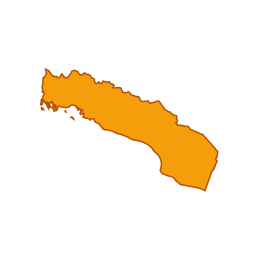 outline of Pesisir Selatan, Sumatera Barat, Indonesia, rotated 325°
{"feature_id": "22746128B35993392452682", "entity_name": "Pesisir Selatan", "entity_type": "district", "adm_level": 2, "iso_a3": "IDN", "parent_name": "Indonesia", "parent_adm1": "Sumatera Barat", "projection": "orthographic", "projection_center": [100.561, -1.718], "detail": "fine", "context": "isolated", "style": "filled", "palette": "amber", "viewbox_px": 256, "rotation_deg": 325, "n_neighbors": 0, "source": "geoboundaries", "source_scale": "gbopen_adm2", "svg_char_len": 5521}
<svg xmlns="http://www.w3.org/2000/svg" viewBox="0 0 256 256"><g transform="rotate(325 128 128)"><path d="M187.6,194.8L185.5,176.2L183.6,173.8L182.8,172.1L178.2,164.6L178.4,163.0L178.1,161.1L177.7,160.6L176.4,160.1L175.2,158.4L172.8,156.1L172.1,155.4L170.5,154.4L170.1,153.9L170.4,152.3L170.1,151.2L170.7,151.4L171.3,151.3L172.8,150.2L173.1,148.3L174.5,146.5L174.7,146.0L174.4,145.2L173.8,144.8L172.2,142.4L171.5,138.8L171.3,138.5L170.1,137.7L170.1,136.6L169.9,135.8L169.4,135.3L168.4,133.8L169.1,132.7L168.8,131.3L168.8,123.9L167.4,122.8L165.8,122.1L164.2,122.1L162.1,121.0L160.8,120.7L160.4,120.2L159.8,118.5L160.2,117.6L155.9,115.2L154.5,114.0L154.1,113.1L154.1,111.8L154.2,110.8L154.7,109.8L154.8,108.9L154.3,108.6L154.2,108.1L153.4,107.7L153.3,107.2L152.5,106.8L151.2,104.5L150.2,103.9L149.9,103.0L149.7,101.2L149.3,99.9L149.5,99.0L148.8,98.5L147.0,98.2L145.1,96.6L144.1,96.0L144.0,95.7L144.7,94.2L144.4,92.9L145.0,92.0L145.0,91.0L144.0,89.9L139.7,87.3L139.0,86.6L139.0,86.3L139.5,85.6L140.5,85.5L141.1,85.2L140.5,83.1L138.7,80.8L138.8,80.4L139.3,79.8L139.2,79.3L138.9,79.1L137.8,79.2L137.3,78.7L136.6,78.0L136.2,77.1L135.4,76.5L134.6,75.3L133.9,75.2L133.0,76.2L132.4,76.4L131.8,76.3L130.8,75.2L130.8,74.0L129.8,73.3L129.0,74.2L127.6,73.4L127.4,73.5L127.1,73.1L126.9,72.5L127.4,71.2L127.3,70.1L128.2,69.3L128.3,68.1L127.8,66.9L126.8,66.0L126.7,65.6L126.9,64.6L127.4,63.7L126.1,61.1L125.6,61.0L125.2,60.5L124.3,59.3L124.4,58.7L124.3,58.3L123.7,57.8L123.1,57.8L122.6,57.8L121.6,58.4L120.9,58.1L120.3,57.6L119.3,57.2L119.1,54.8L118.7,53.8L119.2,53.2L119.2,52.7L117.7,51.0L117.3,50.0L114.8,49.3L113.8,49.7L113.0,50.3L108.4,51.8L107.8,51.7L106.8,51.7L105.3,50.6L104.8,50.0L105.1,48.3L104.7,47.3L104.9,46.7L105.0,45.8L104.7,45.6L103.3,46.1L102.7,46.8L101.8,47.2L100.3,47.2L99.5,46.7L99.2,45.0L98.7,44.8L97.9,43.9L97.0,43.8L96.8,43.5L96.7,42.3L96.2,41.9L96.2,41.0L95.9,39.2L95.9,38.3L96.0,37.9L95.8,37.1L96.1,36.4L95.3,34.2L94.7,33.7L94.4,32.8L94.2,32.5L93.2,35.0L92.1,36.8L88.7,38.5L87.8,38.1L86.9,38.4L86.0,39.9L85.1,40.8L85.2,41.3L85.0,41.7L84.3,41.9L83.7,42.7L83.0,43.2L81.9,44.7L80.8,45.3L80.3,47.5L79.8,48.1L78.7,48.7L78.5,49.4L78.5,49.7L78.9,49.8L79.6,50.5L79.6,51.5L77.6,52.7L76.5,53.1L75.4,54.5L73.0,55.3L72.2,56.3L72.2,57.4L71.4,58.2L73.0,57.1L73.3,57.6L73.4,57.2L73.7,56.7L74.5,56.2L74.8,56.5L74.9,57.2L75.1,57.5L74.5,58.4L74.9,59.7L74.5,60.0L74.7,60.3L75.1,60.3L75.3,61.0L76.4,60.4L76.6,60.6L76.4,60.8L76.7,60.7L77.1,60.7L77.3,61.2L76.8,61.4L76.9,61.8L77.3,62.2L78.2,62.6L78.4,62.9L79.1,62.8L79.2,63.1L79.5,63.0L79.7,62.5L80.6,62.6L80.8,63.1L81.0,63.1L80.3,64.0L80.5,64.7L80.3,65.1L80.6,65.9L80.5,66.1L80.0,65.9L79.7,66.1L79.8,66.3L80.5,66.5L80.3,66.7L80.4,66.9L81.4,66.8L81.5,67.0L80.8,68.0L81.0,68.4L81.4,68.6L81.0,68.9L81.1,69.0L80.9,69.4L81.1,69.9L80.5,70.1L80.1,70.0L79.5,68.5L79.4,67.8L78.6,67.8L78.4,67.5L77.9,67.6L77.5,68.1L77.5,69.5L77.8,70.1L77.3,71.1L77.1,71.9L78.0,71.9L78.6,72.3L78.8,71.9L79.3,71.6L79.7,72.0L79.6,72.6L79.8,72.7L80.7,72.1L82.0,71.7L82.2,71.4L82.3,70.8L82.9,70.4L83.8,70.4L84.5,71.0L85.2,72.4L87.5,74.3L88.3,75.5L91.9,77.0L94.3,76.7L95.0,76.8L96.1,77.6L98.1,80.2L98.1,80.8L97.9,81.1L97.5,81.2L97.7,82.1L98.2,81.8L98.5,81.8L98.7,82.1L98.9,82.9L98.2,84.0L97.7,83.7L97.4,83.8L97.4,84.3L97.2,84.6L97.5,85.0L99.0,84.3L99.4,84.3L99.6,84.7L99.5,85.7L100.1,85.7L100.4,85.8L100.5,86.8L101.1,87.1L101.2,87.4L100.9,87.7L100.1,87.4L98.8,87.4L97.6,87.9L97.3,88.7L96.9,88.9L97.2,89.8L98.2,89.6L98.8,90.3L99.8,90.1L100.1,90.7L100.0,91.1L99.4,91.4L98.8,92.2L98.5,92.7L98.1,93.1L97.6,92.9L97.3,93.3L98.5,94.8L99.0,95.7L99.3,95.8L100.9,97.6L101.7,99.0L101.8,99.7L102.1,99.4L102.5,99.4L103.4,99.7L103.7,100.0L104.1,99.9L105.0,100.8L105.1,101.9L104.7,102.1L104.8,102.6L104.5,104.1L106.6,108.1L106.7,110.0L106.5,111.1L107.1,112.1L107.3,112.8L107.2,113.4L107.0,113.6L106.9,113.5L106.7,113.9L107.6,115.3L107.7,115.9L110.6,118.3L113.2,121.4L114.6,123.6L115.6,125.7L118.3,129.0L121.4,133.4L123.2,136.6L123.5,137.6L125.5,140.8L128.7,143.9L131.1,146.7L132.5,148.8L134.8,153.1L135.6,155.4L135.9,157.8L136.2,158.9L136.3,159.4L135.8,160.4L136.3,162.5L136.3,163.2L137.1,166.4L137.3,168.6L137.1,170.3L136.3,173.7L135.5,175.6L133.0,178.7L131.0,180.3L130.2,181.1L129.9,182.0L129.8,183.3L129.9,184.6L130.4,185.8L133.3,190.1L136.0,193.2L136.6,194.2L137.0,195.6L137.1,197.4L136.9,197.7L137.1,198.9L137.8,201.4L138.3,202.5L138.3,203.8L138.7,204.6L150.9,217.1L153.5,220.4L155.1,223.5L168.8,213.8L170.1,212.9L170.7,212.1L171.5,212.0L171.7,211.7L172.3,211.4L173.6,211.4L174.4,210.6L175.3,210.5L176.2,209.6L177.5,209.4L178.1,208.6L180.6,207.0L181.1,206.4L182.0,206.4L181.9,204.2L182.1,203.6L184.6,202.5L185.8,201.0L187.8,199.2L188.1,198.2L187.5,196.1L187.6,194.8ZM75.7,62.0L76.1,61.4L75.5,61.6L75.0,61.5L74.6,61.9L74.8,63.2L74.6,63.8L74.1,64.3L74.2,64.9L74.0,65.3L74.1,65.9L74.5,66.1L74.4,66.4L75.2,65.8L75.4,66.1L75.9,66.0L76.0,66.3L76.7,66.6L77.2,65.6L76.9,64.8L77.1,64.0L76.8,63.5L76.8,63.2L76.4,63.1L76.2,63.2L76.0,63.4L76.3,63.4L76.4,63.6L75.6,64.3L75.3,64.1L75.1,64.0L75.5,63.6L75.6,62.9L75.9,62.6L75.7,62.0ZM69.5,61.6L68.7,61.7L68.2,62.6L67.9,63.6L68.0,63.8L68.3,63.7L68.9,64.0L69.4,64.5L69.3,63.6L69.6,62.8L69.3,62.5L69.2,62.0L69.3,61.7L69.5,61.6ZM88.6,87.2L87.9,86.3L87.4,86.5L88.0,86.8L88.2,87.4L88.1,87.9L88.5,87.9L88.6,87.2ZM86.3,79.4L86.7,78.2L86.4,77.9L86.0,78.3L86.1,79.2L86.3,79.4ZM71.4,59.4L71.7,59.0L71.4,58.8L71.4,58.2L70.6,59.4L71.4,59.4ZM70.5,58.3L71.0,57.7L70.6,57.6L70.2,58.4L70.5,58.3ZM88.7,88.8L88.4,89.1L88.6,89.7L88.8,89.3L88.7,88.8Z" fill="#f59e0b" stroke="#b45309" stroke-width="1.5"/></g></svg>